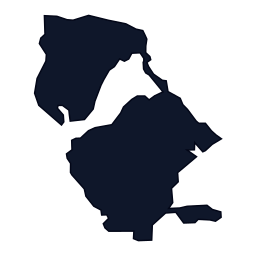 the district of Téra, Tillabéri, Niger
{"feature_id": "23599985B14211003047249", "entity_name": "Téra", "entity_type": "district", "adm_level": 2, "iso_a3": "NER", "parent_name": "Niger", "parent_adm1": "Tillabéri", "projection": "mercator", "projection_center": [0.75, 14.304], "detail": "fine", "context": "isolated", "style": "filled", "palette": "ink", "viewbox_px": 256, "rotation_deg": 0, "n_neighbors": 0, "source": "geoboundaries", "source_scale": "gbopen_adm2", "svg_char_len": 1599}
<svg xmlns="http://www.w3.org/2000/svg" viewBox="0 0 256 256"><path d="M66.5,153.9L67.2,158.3L70.6,163.4L70.5,172.4L71.9,174.9L84.3,188.9L85.9,196.2L93.8,206.2L101.0,210.0L101.7,215.0L106.8,214.8L108.6,218.4L103.3,223.7L105.0,227.9L108.8,231.2L133.9,231.1L133.5,238.6L138.4,240.6L151.7,240.1L152.3,225.0L165.6,213.0L175.8,212.3L183.7,223.0L195.0,222.6L198.2,219.3L209.8,219.9L215.5,221.2L221.1,217.3L220.8,211.9L212.4,209.5L207.0,205.3L187.1,206.3L179.8,208.0L168.6,208.5L172.7,202.6L171.5,188.3L178.2,181.8L177.6,172.6L196.5,156.7L187.0,150.0L194.4,149.8L194.7,142.6L202.8,151.8L205.4,150.6L212.2,144.3L221.4,138.8L215.8,134.8L211.4,130.8L205.4,123.3L198.8,123.3L196.2,121.1L187.4,109.3L182.8,104.6L180.2,98.3L168.0,91.6L166.2,80.8L162.3,80.3L153.5,74.1L150.2,69.1L148.5,66.4L146.9,62.4L150.7,59.7L149.9,56.6L145.7,52.6L145.8,45.9L146.8,39.1L145.1,35.3L142.8,30.6L135.9,29.1L126.0,23.9L124.8,23.6L117.5,22.1L108.5,20.3L88.6,15.4L73.1,20.2L67.0,19.7L56.9,16.3L44.4,15.7L45.0,34.3L40.8,38.1L39.4,43.6L46.4,54.4L45.9,61.1L37.1,78.4L34.6,93.2L38.8,105.3L61.5,125.0L63.8,121.9L63.3,115.0L57.4,108.2L58.1,105.4L62.5,105.4L68.9,110.1L69.4,115.1L70.2,121.1L84.5,119.5L93.2,109.0L94.9,101.2L101.0,85.2L103.8,79.6L109.3,70.1L114.4,66.6L119.6,58.9L124.4,61.2L128.7,59.0L131.8,53.2L140.1,52.8L143.8,58.4L143.8,61.0L143.2,62.3L143.6,69.0L145.7,72.9L149.1,74.9L163.0,91.9L154.7,95.8L149.1,99.9L144.8,96.0L137.3,96.0L131.8,99.4L123.5,107.0L120.7,113.0L117.5,117.2L111.8,124.7L95.1,127.7L88.5,130.7L80.4,138.2L75.9,138.3L71.7,140.3L72.0,149.8L66.5,153.9Z" fill="#0f172a" stroke="#020617" stroke-width="1.5"/></svg>